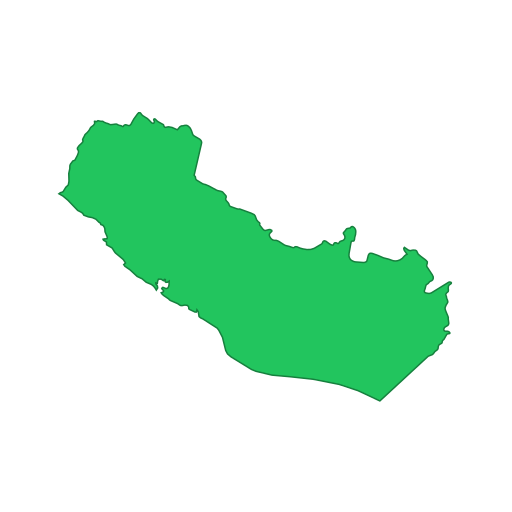 map outline of Espírito Santo (Robinson projection), rotated 102°
{"feature_id": "BRA-625", "entity_name": "Espírito Santo", "entity_type": "State", "adm_level": 1, "iso_a3": "BRA", "parent_name": "Brazil", "parent_adm1": "", "projection": "robinson", "projection_center": [-40.668, -19.574], "detail": "fine", "context": "isolated", "style": "filled", "palette": "green", "viewbox_px": 512, "rotation_deg": 102, "n_neighbors": 0, "source": "natural_earth", "source_scale": "10m", "svg_char_len": 6077}
<svg xmlns="http://www.w3.org/2000/svg" viewBox="0 0 512 512"><g transform="rotate(102 256 256)"><path d="M372.0,104.7L366.5,128.3L364.3,148.0L364.7,174.7L367.0,197.5L369.2,215.6L368.8,232.0L367.9,236.9L359.9,259.4L357.7,263.5L354.7,266.0L342.5,271.9L336.4,276.9L334.6,279.0L328.6,294.9L328.1,297.2L327.1,299.1L322.5,300.9L320.9,302.6L323.2,302.6L323.5,304.1L322.0,310.3L321.2,310.9L320.3,311.1L319.5,311.6L318.6,312.8L318.7,314.6L318.9,315.7L319.9,318.0L320.1,319.2L319.9,320.3L318.9,322.7L317.3,330.5L316.9,331.5L316.1,332.6L313.9,338.0L312.9,339.8L311.7,341.1L310.5,339.4L309.4,339.0L308.6,339.9L307.9,341.0L307.2,341.5L306.0,340.6L306.6,337.2L305.8,335.7L304.1,335.1L302.1,335.1L298.6,335.7L300.0,337.0L300.5,338.6L299.9,339.7L297.9,339.8L297.9,340.7L298.6,341.0L299.4,341.5L298.4,343.9L298.9,346.6L300.8,347.0L303.3,346.8L303.2,348.4L304.3,348.0L305.8,346.2L307.7,345.5L310.1,346.4L308.5,347.9L306.8,349.9L305.6,352.4L304.5,358.0L302.0,362.6L300.7,368.0L295.7,376.4L293.4,382.0L291.9,383.6L290.0,382.2L287.4,384.7L286.6,385.9L282.3,394.1L281.2,395.4L279.0,397.5L278.0,398.6L276.1,404.5L273.4,405.2L272.3,408.4L271.4,409.1L270.8,407.9L270.5,406.6L270.0,405.3L268.9,405.3L267.8,405.8L263.7,408.7L260.6,409.6L259.0,410.7L257.8,412.1L257.5,414.3L256.2,415.1L255.6,416.7L253.3,420.2L252.5,424.0L252.6,428.2L251.9,432.9L250.2,434.5L249.3,436.8L249.0,438.1L248.5,439.9L240.6,451.5L237.5,457.3L236.1,461.7L234.7,460.5L233.8,458.8L233.0,458.0L228.2,456.3L226.0,454.7L225.4,454.4L221.7,454.5L214.2,456.3L209.2,456.3L206.6,456.8L205.8,456.8L204.7,456.6L201.3,455.0L200.9,454.7L200.4,453.7L199.9,453.1L198.9,452.8L194.6,451.6L191.7,451.2L190.6,451.4L190.0,451.6L188.4,453.0L187.6,453.1L187.1,453.0L184.8,452.0L181.8,449.9L180.2,449.1L179.4,449.1L178.6,449.7L178.0,449.8L176.2,449.4L174.7,448.9L173.1,448.6L172.2,448.1L170.4,446.8L168.6,445.8L167.5,445.3L164.8,444.5L164.2,444.1L162.0,442.2L160.7,441.6L160.1,441.4L159.4,441.5L157.9,442.0L157.6,441.6L157.8,440.2L157.6,439.7L156.9,439.3L156.5,438.7L156.5,435.8L156.1,433.9L156.8,432.1L157.2,429.8L157.2,428.6L157.7,426.4L157.8,425.6L157.1,423.4L156.3,421.2L156.0,420.0L156.1,419.1L156.5,417.9L156.6,417.1L156.6,415.1L157.1,413.3L156.9,412.8L155.9,412.4L155.3,411.9L154.8,411.1L154.7,410.4L154.9,408.1L154.9,407.5L154.7,406.9L153.9,406.1L153.1,405.7L147.4,404.0L141.8,401.5L140.3,400.6L140.1,400.0L140.0,399.1L140.3,398.5L141.4,397.3L142.2,396.1L144.2,390.7L145.1,389.2L147.4,385.8L147.6,384.9L147.6,384.1L147.2,383.6L146.7,383.4L146.1,383.3L145.5,383.4L144.1,384.4L143.5,384.4L143.0,384.0L142.9,383.5L143.1,382.9L144.4,380.9L145.0,379.7L146.7,374.1L147.1,373.6L148.2,373.0L148.8,372.4L149.0,371.7L148.9,371.1L147.9,368.7L147.8,367.9L147.7,364.8L148.9,359.2L145.4,357.3L144.3,356.1L143.8,354.4L143.1,353.0L142.8,352.0L142.6,350.9L143.0,349.4L144.2,347.4L145.0,346.6L146.8,345.2L150.3,343.1L150.9,342.4L151.5,341.2L153.4,335.4L154.4,333.9L155.0,333.4L156.0,332.8L157.3,332.7L189.9,333.3L191.1,331.8L192.9,331.1L193.5,330.7L194.0,330.1L196.4,323.4L196.6,321.9L196.6,320.4L197.3,316.7L199.7,308.6L200.0,307.0L200.0,304.4L200.1,302.8L200.4,301.9L203.2,298.1L203.6,297.7L204.2,297.5L204.8,297.4L206.1,297.6L206.9,297.4L207.8,296.9L209.8,294.2L210.5,293.5L212.2,292.5L212.6,291.9L212.9,291.2L213.8,284.5L213.8,283.0L213.4,281.7L215.1,269.6L215.9,266.4L217.0,265.1L220.5,262.9L222.1,260.9L222.7,259.5L223.4,259.0L224.5,259.0L225.0,258.8L228.5,254.6L229.0,253.6L229.2,252.7L229.1,252.1L227.5,248.9L227.3,248.3L227.2,247.6L227.6,246.0L228.1,245.7L228.7,245.7L230.6,247.0L231.7,247.4L232.6,247.4L233.4,247.1L234.2,246.6L235.6,245.2L236.2,244.4L236.8,242.9L236.9,241.5L236.5,239.5L236.6,238.4L236.9,236.8L239.4,230.3L239.6,228.7L239.7,225.4L240.1,222.3L240.1,221.2L239.8,220.5L239.4,220.1L238.9,219.8L238.6,219.0L238.5,217.7L239.1,214.8L239.3,211.6L239.1,207.5L238.3,204.2L238.1,203.6L236.6,201.0L235.9,200.1L230.5,194.2L230.0,193.9L228.1,193.5L227.4,193.1L226.9,192.2L227.0,190.7L229.0,186.3L229.5,184.3L229.5,183.4L229.2,182.8L227.3,182.2L226.7,181.7L226.4,180.6L226.5,179.8L226.8,178.7L226.7,178.1L226.3,177.7L225.2,177.3L224.2,176.7L222.7,174.2L222.3,173.7L221.3,173.1L220.0,172.8L218.7,173.0L217.2,173.9L216.0,175.1L215.5,175.3L215.0,175.3L212.5,173.9L210.9,173.2L210.5,172.9L210.1,172.3L209.1,169.8L207.5,168.8L207.3,168.3L207.1,167.6L207.3,166.9L207.8,165.9L208.5,165.0L209.5,164.2L210.3,163.8L211.7,163.4L214.4,163.1L217.3,163.3L219.4,163.1L220.7,163.3L221.1,163.7L221.4,165.0L221.9,165.6L222.8,165.9L234.2,165.5L236.6,165.1L238.2,164.3L239.5,163.2L240.3,162.0L240.7,160.8L241.1,159.0L241.1,157.5L240.0,149.4L239.8,148.8L239.3,147.7L238.5,146.9L238.0,146.6L237.3,146.5L232.0,146.3L230.9,146.0L230.3,145.7L229.9,145.4L229.6,144.9L229.4,144.2L229.3,142.8L230.1,136.8L231.3,130.9L231.5,125.5L232.0,122.0L232.1,120.3L231.8,118.2L231.1,116.4L229.9,114.4L227.9,112.4L225.3,110.9L224.4,110.3L223.6,109.5L222.9,108.6L219.7,112.1L218.1,113.0L217.5,113.0L216.7,112.6L218.6,108.0L218.7,106.1L217.8,104.3L217.5,103.3L217.2,101.5L217.4,100.5L217.7,99.9L220.4,97.8L222.1,94.7L224.2,90.1L225.2,88.3L226.1,87.2L227.4,87.0L229.5,87.1L230.1,87.0L230.7,86.8L237.7,79.7L239.4,78.4L240.8,78.0L242.1,78.1L242.7,78.3L243.6,79.0L245.0,80.8L247.1,81.9L248.3,83.1L249.3,83.7L252.8,83.8L255.0,84.1L256.1,83.8L256.6,83.2L256.8,82.4L256.8,80.0L256.6,78.6L255.7,76.9L241.6,62.1L241.3,61.6L241.1,60.9L241.2,59.8L241.7,59.3L242.2,59.3L242.7,59.6L244.3,61.1L245.5,61.5L247.6,61.3L249.3,60.7L250.6,60.6L251.1,60.8L252.5,61.9L253.6,62.3L254.2,62.4L254.7,62.2L256.1,61.3L257.7,60.7L259.3,59.6L260.3,59.1L261.1,58.8L261.8,58.9L264.7,59.9L267.4,60.3L268.7,59.9L270.3,59.0L275.1,55.7L276.2,55.1L277.5,54.9L281.5,53.5L282.2,53.4L282.9,53.5L284.0,53.9L285.9,56.0L286.8,56.7L287.3,56.9L288.5,57.1L289.3,56.9L289.8,56.5L290.1,55.9L290.2,55.2L289.8,53.2L289.8,52.4L290.0,51.5L290.6,50.6L291.1,50.3L291.6,50.5L292.3,52.2L292.6,52.7L293.0,53.1L298.4,54.8L299.8,55.8L300.3,56.0L302.2,56.0L302.7,56.2L304.6,58.3L305.1,58.6L306.4,58.9L308.4,58.7L309.6,58.9L310.6,59.6L312.2,61.1L314.7,62.2L315.8,63.0L318.2,66.7L372.0,104.7Z" fill="#22c55e" stroke="#15803d" stroke-width="1.5"/></g></svg>